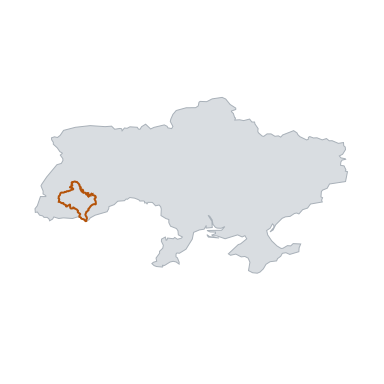 Ivano-Frankivs'k highlighted on a map of Ukraine, rotated 352°
{"feature_id": "UKR-289", "entity_name": "Ivano-Frankivs'k", "entity_type": "Region", "adm_level": 1, "iso_a3": "UKR", "parent_name": "Ukraine", "parent_adm1": "", "projection": "natural_earth1", "projection_center": [24.645, 48.617], "detail": "fine", "context": "in_parent", "style": "outline", "palette": "amber", "viewbox_px": 384, "rotation_deg": 352, "n_neighbors": 0, "source": "natural_earth", "source_scale": "10m", "svg_char_len": 7984}
<svg xmlns="http://www.w3.org/2000/svg" viewBox="0 0 384 384"><g transform="rotate(352 192 192)"><path d="M264.2,251.6L268.7,257.3L272.4,260.3L274.2,260.4L279.0,258.4L282.3,259.1L285.0,257.2L292.4,258.6L290.3,262.2L289.5,266.0L280.1,267.4L276.6,265.2L272.9,265.3L270.9,268.0L267.4,269.9L266.2,272.0L259.6,271.9L255.2,273.9L252.0,278.0L248.3,280.7L245.4,281.5L240.8,280.4L237.0,277.7L239.6,269.6L238.4,265.3L235.4,263.2L231.7,263.1L226.8,259.6L221.3,260.0L219.4,258.3L230.5,250.5L232.9,250.1L239.7,246.0L238.3,242.6L235.4,243.5L231.2,240.8L218.3,242.9L210.3,238.8L206.6,238.4L205.7,237.4L209.4,236.5L209.7,235.0L204.4,234.1L201.5,232.2L216.0,234.0L219.7,230.8L215.8,232.0L211.7,231.2L210.2,230.2L208.3,227.0L208.1,222.5L206.2,218.5L204.7,217.3L207.6,223.8L207.1,230.0L201.0,229.7L201.5,227.1L198.8,230.5L194.0,230.6L188.0,232.2L185.7,238.7L178.1,247.8L171.0,250.9L168.6,250.3L167.6,251.1L167.1,253.9L168.4,255.2L169.5,259.7L169.2,261.6L166.6,259.1L163.7,258.0L160.5,258.3L154.6,260.9L152.6,260.5L152.8,261.8L152.2,262.2L146.6,260.9L144.2,259.6L142.3,257.3L144.0,256.2L147.4,255.7L147.2,252.4L151.4,248.1L151.6,246.2L155.2,243.6L156.2,240.8L154.8,236.5L155.3,234.4L159.3,232.9L159.7,236.2L160.6,235.9L161.4,234.2L167.0,235.7L168.6,234.6L171.0,236.8L175.2,236.2L176.2,235.2L172.5,232.5L172.7,228.4L171.5,226.0L166.0,222.9L164.8,219.2L165.2,216.0L162.5,214.7L158.0,211.0L159.2,204.6L158.9,202.2L157.6,200.3L154.0,200.6L151.3,196.8L147.0,196.1L145.8,197.5L145.1,196.2L143.6,196.3L143.7,194.7L142.7,194.1L139.1,193.7L138.2,192.3L134.3,190.1L129.6,188.8L127.0,190.2L125.8,189.8L123.9,191.2L117.2,190.8L113.2,193.7L107.7,194.9L107.2,197.0L105.2,199.7L92.8,201.5L87.6,203.5L85.9,205.3L82.7,205.9L77.1,201.1L75.5,200.7L70.0,201.6L61.0,199.7L56.4,199.7L51.7,197.5L50.2,199.4L47.0,200.7L46.7,198.9L45.1,197.0L41.9,196.5L40.8,194.9L37.8,193.7L36.1,190.3L34.0,190.4L34.2,186.7L36.9,184.1L41.3,175.4L46.6,176.2L46.7,175.2L44.2,173.2L44.7,170.4L43.3,164.9L44.3,163.4L50.2,156.9L62.0,146.2L66.6,145.5L68.6,142.8L68.7,140.9L66.7,137.1L68.9,135.8L68.8,135.2L66.8,133.7L64.7,129.5L61.3,125.4L61.6,123.6L60.3,120.8L60.4,118.8L63.5,118.2L66.3,119.3L69.3,117.6L73.4,113.1L85.6,111.7L100.4,112.1L115.1,115.2L121.5,115.6L124.2,119.1L129.5,119.0L131.1,119.6L131.3,121.7L134.0,119.2L136.6,119.9L139.6,118.8L146.8,120.3L147.7,122.2L149.2,122.7L151.2,120.3L155.5,118.4L159.8,123.8L163.4,122.7L173.9,121.7L176.5,123.5L177.0,125.1L180.7,126.4L182.2,124.4L180.3,119.1L181.1,117.0L183.9,112.5L187.7,109.1L197.9,107.8L207.4,109.0L210.2,107.6L211.4,104.1L212.6,103.4L219.1,104.6L224.9,102.6L235.0,102.5L238.3,104.6L241.9,110.6L247.0,115.0L246.8,116.4L242.3,117.3L242.3,118.0L243.9,120.0L244.6,124.3L245.4,124.8L244.4,126.7L249.2,127.1L253.1,128.5L259.2,127.8L261.0,131.0L263.7,131.4L263.8,133.4L266.3,138.4L265.6,141.0L266.0,142.6L269.3,146.4L270.8,146.9L274.4,144.9L278.4,145.5L281.9,148.4L285.3,148.4L287.5,150.0L289.8,148.1L301.2,145.4L304.2,148.1L304.7,149.8L306.5,152.2L312.8,156.4L314.5,156.0L314.9,154.1L316.3,153.5L319.8,155.4L323.3,155.7L328.2,158.5L332.6,157.8L335.0,160.4L337.9,160.7L343.7,164.2L348.9,164.1L348.7,167.3L350.0,168.8L349.9,171.4L346.4,175.6L342.9,176.8L344.2,178.9L348.4,180.4L348.7,181.0L345.1,181.3L343.6,182.9L342.8,186.2L346.2,187.3L347.5,191.4L346.8,192.7L348.8,193.5L345.5,203.0L329.3,203.2L326.4,207.1L321.6,208.3L320.2,209.5L319.0,214.8L320.5,215.8L319.2,218.1L319.6,220.0L307.7,220.4L304.2,224.0L299.1,224.9L294.8,228.6L292.8,227.4L290.5,227.5L285.7,229.8L281.1,229.6L277.6,230.6L270.3,236.1L267.0,240.9L263.7,242.4L268.2,238.4L268.4,236.4L267.2,234.8L264.4,238.7L260.6,240.5L261.0,245.1L264.2,251.6ZM212.4,241.3L201.9,238.9L200.8,236.3L203.2,238.6L212.4,241.3Z" fill="#d9dde1" stroke="#a8b0b8" stroke-width="1"/><path d="M83.3,206.0L82.8,206.1L82.4,205.9L82.0,205.3L81.4,204.4L81.2,204.1L80.9,203.9L79.5,203.4L78.9,203.1L78.6,202.8L78.5,202.5L78.5,202.2L78.4,201.9L78.1,201.6L77.7,201.3L77.0,200.9L77.0,200.7L77.2,199.9L77.3,199.6L78.2,198.4L78.2,198.2L77.6,197.5L76.4,196.5L76.3,196.3L76.3,196.2L76.2,196.0L76.1,195.9L76.1,195.7L76.5,195.0L76.5,194.9L76.5,194.7L76.1,194.2L75.8,193.7L75.7,193.5L74.5,192.6L74.2,192.4L74.0,192.2L73.8,192.1L73.7,192.0L73.6,191.9L73.2,191.9L72.9,191.3L72.9,191.2L72.6,190.9L72.4,190.8L72.2,190.8L72.0,191.1L72.0,191.3L71.8,191.4L71.6,191.5L71.1,191.6L70.6,191.6L70.1,191.5L69.9,191.5L69.8,191.4L69.6,191.2L69.4,191.0L69.4,190.9L69.3,190.2L69.2,189.9L69.2,189.7L69.4,189.2L69.4,188.8L69.3,188.5L69.3,188.4L69.3,188.2L69.4,187.8L69.4,187.6L69.2,187.5L68.9,187.5L68.1,188.0L67.7,188.1L67.0,188.3L66.6,188.5L66.3,188.7L66.1,188.9L65.9,188.9L65.7,188.9L65.4,188.8L65.3,188.7L65.3,188.4L65.4,188.1L65.5,187.9L65.4,187.6L65.3,187.4L65.1,187.2L64.9,187.1L64.6,187.0L64.4,186.9L64.2,186.8L63.3,186.1L63.2,186.0L63.1,185.9L63.1,185.5L63.1,185.3L63.1,185.2L62.9,185.0L62.7,185.0L62.5,184.9L62.3,184.9L62.1,185.0L61.8,185.0L61.7,185.0L61.2,184.8L60.1,183.7L59.4,183.4L58.7,183.2L59.5,180.8L59.5,180.6L59.4,180.2L59.1,179.8L59.0,179.7L59.1,179.4L59.5,177.7L59.9,177.4L60.7,176.8L60.8,176.6L60.9,176.3L61.4,175.2L61.6,174.9L61.9,174.7L62.2,174.5L62.4,174.5L62.7,174.4L64.4,174.7L65.3,174.6L65.6,174.5L66.0,174.2L66.4,174.2L67.0,174.4L67.4,174.3L68.2,173.8L68.5,173.8L69.4,174.0L69.6,174.0L69.8,174.0L70.6,173.7L70.8,173.7L71.2,173.7L71.6,173.6L71.8,173.5L72.5,173.2L73.2,173.0L73.5,172.9L73.8,173.0L74.1,173.0L74.4,172.9L74.6,172.8L74.7,172.7L74.8,172.5L74.8,172.4L74.3,171.7L74.1,171.8L73.8,171.8L73.4,171.7L73.2,171.1L73.2,170.9L73.4,170.7L73.4,170.4L73.1,170.2L72.9,170.2L72.9,170.3L72.5,170.5L72.3,170.6L72.2,170.6L71.9,170.4L72.0,170.1L72.4,169.9L72.6,169.8L73.0,169.8L73.3,169.8L73.5,169.7L73.8,169.4L74.3,168.9L74.4,168.7L73.8,168.2L73.7,168.2L73.8,167.8L74.4,167.1L74.5,166.9L74.5,166.7L74.4,166.5L74.3,166.3L74.2,166.2L74.3,166.1L74.3,165.9L74.5,165.7L74.8,165.4L75.5,165.6L77.0,165.3L77.3,165.3L77.5,165.3L77.8,165.5L78.2,165.7L78.3,165.8L78.5,165.9L78.8,165.9L79.0,166.0L79.4,166.0L80.8,167.9L81.1,168.3L81.4,169.0L81.5,169.2L81.6,169.4L81.6,169.5L81.5,169.8L81.4,170.0L81.6,170.4L81.7,170.8L81.7,171.1L81.8,171.2L81.8,171.3L82.2,171.4L82.3,171.5L82.4,171.9L82.5,172.0L82.5,172.4L82.5,172.5L82.4,172.6L82.1,172.9L82.0,173.0L81.9,173.1L82.0,173.2L82.1,173.5L82.1,173.8L82.0,174.1L82.1,174.3L82.2,174.5L82.3,174.5L82.5,174.5L82.8,174.3L83.0,174.3L83.4,174.4L84.0,174.5L84.2,174.8L84.3,174.9L84.3,175.0L84.3,175.3L84.4,175.5L84.3,175.9L84.2,175.9L83.8,175.9L83.3,175.7L83.1,175.6L82.9,175.7L82.7,175.7L82.7,175.8L82.7,176.0L82.8,176.1L83.0,176.3L83.5,176.5L83.8,176.7L83.8,177.0L84.2,177.5L84.4,177.7L84.7,177.7L85.5,177.6L86.7,178.1L86.8,178.3L86.8,178.5L86.7,178.9L86.7,179.1L86.8,179.3L87.2,179.9L87.5,180.0L87.6,179.9L87.7,179.6L87.7,179.4L87.8,179.2L88.0,178.9L88.4,178.6L88.6,178.5L88.9,178.6L88.7,179.0L88.6,179.6L88.5,180.2L88.5,180.6L89.0,180.2L89.4,180.2L90.3,180.6L90.0,180.9L89.0,181.1L88.8,181.5L89.0,182.1L89.4,181.9L90.3,181.2L90.6,181.1L90.8,181.2L90.8,180.9L90.8,180.6L90.7,180.4L90.8,180.3L91.2,180.3L91.4,180.3L91.6,180.4L91.9,180.5L92.1,180.4L92.2,180.1L92.3,179.9L92.4,180.0L92.7,180.1L92.9,180.1L92.7,180.4L92.6,180.6L92.7,180.9L93.1,181.2L93.5,181.4L93.8,181.5L94.2,181.5L94.5,181.7L95.0,182.1L95.5,182.3L95.8,182.7L95.8,182.9L95.7,183.0L95.6,183.3L95.8,183.6L96.0,183.8L95.9,184.0L95.8,184.3L95.1,184.7L94.9,184.9L94.7,185.0L94.6,185.3L94.5,185.5L94.6,185.8L94.8,186.4L95.2,187.5L95.3,187.8L95.2,189.8L95.1,190.4L95.0,190.5L94.9,190.7L94.7,190.8L94.2,190.6L93.8,190.5L93.6,190.4L93.3,190.4L92.5,190.5L91.8,190.7L91.1,191.0L89.7,191.9L88.0,193.7L87.9,193.8L87.7,193.9L87.5,194.0L87.2,194.2L87.1,194.3L87.0,194.5L86.9,194.7L86.9,194.8L87.0,195.0L87.1,195.3L87.0,195.5L86.8,195.5L86.7,195.6L85.6,196.6L85.4,196.7L85.1,196.8L84.9,196.8L84.6,197.0L84.4,197.3L84.3,197.7L84.2,197.9L83.4,199.2L83.4,199.4L83.3,199.6L83.3,199.8L83.4,200.2L83.4,200.5L83.6,201.1L83.9,201.5L84.0,201.6L84.1,201.8L84.1,202.3L84.1,202.5L84.3,202.9L84.3,203.0L84.3,203.4L83.4,205.1L83.3,205.6L83.3,206.0Z" fill="none" stroke="#b45309" stroke-width="2"/></g></svg>